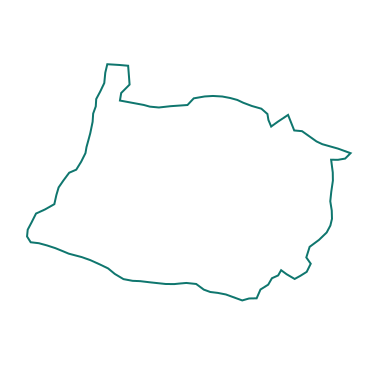 Paço do Lumiar, Maranhão, Brazil, rotated 20°
{"feature_id": "56859067B28423582121888", "entity_name": "Paço do Lumiar", "entity_type": "district", "adm_level": 2, "iso_a3": "BRA", "parent_name": "Brazil", "parent_adm1": "Maranhão", "projection": "albers", "projection_center": [-44.126, -2.504], "detail": "fine", "context": "isolated", "style": "outline", "palette": "teal", "viewbox_px": 384, "rotation_deg": 20, "n_neighbors": 0, "source": "geoboundaries", "source_scale": "gbopen_adm2", "svg_char_len": 1432}
<svg xmlns="http://www.w3.org/2000/svg" viewBox="0 0 384 384"><g transform="rotate(20 192 192)"><path d="M322.8,144.2L320.5,133.1L317.6,125.5L311.7,114.1L318.2,111.8L324.5,108.2L327.7,101.3L314.3,101.3L298.1,102.5L291.7,101.9L283.0,99.5L274.6,97.2L267.0,99.2L255.9,86.7L248.4,96.9L244.0,103.4L239.2,98.2L236.2,92.9L228.7,90.0L218.8,90.7L209.6,90.6L203.1,90.0L195.8,90.6L187.8,91.9L178.8,94.6L171.2,97.9L161.6,103.4L158.0,111.8L142.5,118.7L132.0,123.9L123.2,126.2L116.9,126.7L106.7,128.4L93.0,130.7L91.6,123.2L96.6,112.4L92.9,104.2L88.8,95.2L80.2,97.5L68.7,100.9L69.7,109.5L72.3,119.6L71.4,129.0L70.2,137.4L72.3,144.5L72.3,152.1L74.6,160.0L76.3,171.6L76.9,178.5L77.5,185.9L78.6,191.9L77.5,201.4L75.6,210.6L70.0,215.9L67.3,224.9L65.1,233.3L65.6,241.3L66.8,250.5L59.8,258.7L52.8,265.6L51.6,275.7L50.5,283.6L52.2,290.2L57.6,294.4L65.6,292.5L74.0,291.8L82.8,291.5L91.0,291.8L97.2,292.1L103.9,291.5L110.4,290.9L119.6,290.8L130.4,291.6L139.3,292.5L147.5,295.4L157.4,297.3L166.5,295.8L173.8,293.5L183.6,291.2L198.5,287.5L206.6,284.7L212.2,282.0L217.8,279.4L227.4,277.0L236.5,279.7L243.4,279.7L250.7,278.0L258.9,276.7L276.3,276.7L282.1,272.5L289.1,269.8L289.7,260.2L295.3,253.0L296.6,245.7L301.5,240.9L302.5,235.0L309.0,236.9L318.2,238.6L322.5,233.7L327.1,227.8L328.1,218.8L321.8,214.4L321.3,203.3L327.7,193.6L332.4,184.0L333.5,176.2L332.7,169.3L329.7,161.7L325.1,153.4L322.8,144.2Z" fill="none" stroke="#0f766e" stroke-width="2"/></g></svg>